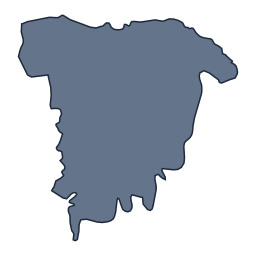 outline of Sylhet
{"feature_id": "BGD-2488", "entity_name": "Sylhet", "entity_type": "Division", "adm_level": 1, "iso_a3": "BGD", "parent_name": "Bangladesh", "parent_adm1": "", "projection": "equal_earth", "projection_center": [91.663, 24.595], "detail": "fine", "context": "isolated", "style": "filled", "palette": "slate", "viewbox_px": 256, "rotation_deg": 0, "n_neighbors": 0, "source": "natural_earth", "source_scale": "10m", "svg_char_len": 3110}
<svg xmlns="http://www.w3.org/2000/svg" viewBox="0 0 256 256"><path d="M189.9,137.6L188.3,139.2L186.2,140.8L184.5,142.8L183.8,146.3L184.5,157.7L184.0,162.9L181.4,167.4L177.8,169.4L173.7,169.8L162.2,168.6L162.0,170.8L165.2,177.1L165.3,179.6L162.6,178.3L159.5,175.7L158.3,174.3L155.2,175.5L154.8,178.9L156.2,186.3L156.1,189.9L153.1,205.7L152.1,209.0L150.3,210.4L147.5,209.5L143.3,204.3L143.0,202.7L142.7,198.5L142.4,197.3L140.9,197.2L132.1,194.8L130.7,197.3L131.1,200.8L132.0,204.6L132.0,207.8L130.5,210.7L128.0,211.8L125.3,211.3L122.8,209.4L121.6,206.5L119.1,199.0L117.7,198.3L117.0,200.5L115.6,212.3L114.5,216.3L113.2,218.9L111.1,220.5L107.9,221.7L102.2,222.5L97.0,222.0L86.5,219.2L80.8,219.8L79.1,224.6L78.8,231.7L77.4,239.3L75.7,240.6L74.2,240.3L73.2,239.8L73.2,239.7L73.3,238.6L73.7,235.5L73.8,234.0L73.8,233.8L73.0,232.4L71.8,230.7L71.1,227.7L70.9,226.4L70.4,224.4L70.2,223.1L70.0,219.7L70.1,217.4L69.9,215.8L69.4,214.2L68.4,211.4L68.3,209.7L68.5,208.3L68.9,207.5L69.5,206.9L70.0,206.6L70.5,206.4L73.5,205.6L74.0,205.4L74.4,205.0L74.2,204.6L73.5,203.9L70.1,202.8L69.4,202.3L69.4,201.4L69.7,200.7L70.2,200.2L74.0,197.4L75.9,195.5L76.5,194.8L76.6,194.1L76.5,193.5L75.7,192.8L74.7,192.6L73.1,192.9L72.1,193.4L71.2,194.0L66.6,198.8L63.1,198.0L51.7,190.7L52.8,188.5L53.9,187.2L55.9,180.9L60.6,178.3L63.6,175.7L61.7,172.0L63.3,170.0L64.2,169.6L64.9,167.9L64.7,166.5L64.0,165.1L63.1,163.9L60.1,160.6L62.4,158.5L62.6,156.3L62.3,155.3L61.8,151.9L60.1,150.9L58.6,150.8L57.5,150.1L56.5,148.5L56.5,147.8L56.6,147.1L57.0,146.7L58.0,145.5L59.2,143.4L60.6,140.0L62.6,133.7L60.1,132.1L59.4,131.4L58.5,130.2L57.8,128.2L56.1,125.6L56.0,124.2L56.8,123.6L58.2,123.0L59.2,122.2L59.7,121.2L59.8,120.0L59.8,119.0L59.9,117.7L60.3,116.6L60.9,115.6L61.3,114.6L61.4,113.1L60.8,110.9L60.1,109.5L58.6,108.6L54.4,108.4L53.3,108.5L52.5,108.7L51.8,108.8L51.1,108.4L50.2,105.1L51.2,95.4L50.7,87.1L49.8,83.3L48.0,75.0L31.5,77.0L27.5,74.9L18.5,56.6L20.1,50.0L21.3,46.9L22.8,44.1L23.2,42.3L23.3,39.9L21.3,31.8L21.7,23.8L22.9,23.6L27.3,21.7L49.4,17.3L57.1,17.7L58.8,17.3L61.8,15.4L63.3,15.4L70.0,19.6L90.4,27.2L95.8,27.9L97.2,27.7L100.0,26.6L101.5,26.4L103.1,25.9L105.4,23.6L106.6,22.9L109.0,23.1L110.0,24.6L110.9,26.7L113.1,28.9L115.5,29.6L119.0,29.8L122.3,29.2L123.7,27.5L124.4,24.5L126.0,24.4L127.8,25.5L129.0,26.0L130.0,25.0L130.8,22.8L131.7,21.7L133.8,21.4L140.5,22.1L155.2,19.9L162.9,21.3L165.5,20.3L169.2,18.9L173.7,19.1L178.1,20.4L181.8,22.2L182.9,23.3L184.2,25.9L185.0,26.9L186.1,27.4L188.1,27.5L189.1,28.4L189.9,28.7L191.8,28.0L192.9,28.3L193.8,29.3L195.8,32.5L197.8,34.6L199.4,36.0L201.3,37.0L203.8,37.8L211.0,39.0L212.2,40.0L214.4,43.9L218.3,45.9L221.7,48.4L222.3,51.9L222.5,53.6L223.6,54.0L226.0,55.1L226.1,55.6L230.5,59.7L231.8,60.5L232.4,61.4L231.3,62.6L234.6,64.5L236.0,66.0L237.0,69.0L237.5,72.2L237.1,74.3L235.1,78.0L230.2,79.5L221.7,83.0L220.4,82.8L219.4,82.2L218.8,81.2L218.6,79.9L209.2,72.9L203.9,70.7L199.9,72.9L199.2,76.0L199.7,79.2L199.7,79.3L201.6,85.2L201.8,88.2L201.8,91.1L201.4,94.0L194.4,118.1L193.1,125.3L192.5,131.7L191.8,134.5L190.3,137.2L189.9,137.6Z" fill="#64748b" stroke="#1e293b" stroke-width="1.5"/></svg>